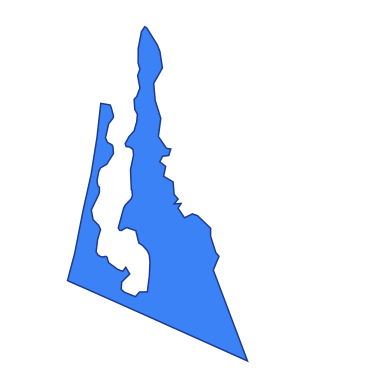 Currituck, North Carolina, United States of America, rotated 204°
{"feature_id": "52423323B36348632800300", "entity_name": "Currituck", "entity_type": "district", "adm_level": 2, "iso_a3": "USA", "parent_name": "United States of America", "parent_adm1": "North Carolina", "projection": "orthographic", "projection_center": [-75.925, 36.311], "detail": "fine", "context": "isolated", "style": "filled", "palette": "blue", "viewbox_px": 384, "rotation_deg": 204, "n_neighbors": 0, "source": "geoboundaries", "source_scale": "gbopen_adm2", "svg_char_len": 1781}
<svg xmlns="http://www.w3.org/2000/svg" viewBox="0 0 384 384"><g transform="rotate(204 192 192)"><path d="M72.6,60.2L140.8,129.3L141.2,144.2L145.6,146.3L157.0,159.1L160.2,166.4L177.3,172.6L182.7,172.2L188.4,165.4L198.2,171.5L197.3,177.1L203.5,173.9L201.8,179.9L207.4,182.5L213.3,193.5L224.3,194.8L226.5,204.7L233.7,206.4L233.4,212.7L228.1,215.8L228.9,222.7L233.1,221.5L245.3,229.0L250.5,246.6L262.8,260.5L271.2,275.7L270.2,285.5L269.5,293.3L278.4,307.2L283.6,312.3L299.8,323.3L302.4,323.8L303.4,318.0L299.5,301.2L293.7,288.0L289.6,283.0L289.0,276.2L281.9,265.9L281.3,256.7L282.6,253.2L277.9,244.2L273.5,240.8L271.1,233.8L269.7,224.4L272.1,216.8L272.7,209.0L270.7,206.7L267.3,207.8L263.1,206.7L260.4,201.9L257.3,187.5L248.4,169.5L247.3,168.8L244.9,164.3L244.8,161.0L247.7,152.6L247.9,149.4L244.7,129.1L242.6,127.6L240.7,128.1L239.1,130.6L237.2,133.0L227.6,133.8L219.8,123.8L215.4,123.1L209.2,120.3L205.5,117.2L202.0,111.1L196.8,97.9L192.2,82.5L199.3,79.3L201.1,73.4L212.7,72.9L217.1,74.2L219.6,81.3L215.5,91.7L221.9,96.3L223.1,91.3L228.6,91.1L239.5,93.5L243.1,97.8L244.5,98.2L247.5,96.1L249.4,95.9L252.0,96.1L255.2,98.2L258.9,110.0L260.3,120.5L263.8,123.6L271.1,126.5L276.7,134.6L276.2,151.7L276.7,154.6L278.5,158.7L280.4,159.2L283.4,163.6L285.5,172.8L285.4,176.8L281.2,182.6L279.4,195.2L282.7,201.3L284.5,202.6L289.4,202.9L293.1,206.3L295.9,220.5L294.3,227.0L294.4,229.1L297.9,233.5L300.2,236.3L302.1,238.2L311.4,235.9L301.1,203.6L291.2,166.6L284.0,130.9L274.2,88.2L269.7,60.4L264.1,60.4L263.7,60.4L261.4,60.4L261.1,60.4L258.7,60.4L258.1,60.5L257.8,60.4L254.7,60.5L253.6,60.5L253.1,60.5L251.2,60.5L250.1,60.5L245.4,60.5L231.8,60.5L231.6,60.5L230.5,60.5L229.7,60.5L199.2,60.5L195.6,60.5L157.0,60.4L72.6,60.2L72.6,60.2Z" fill="#3b82f6" stroke="#1e3a8a" stroke-width="1.5"/></g></svg>